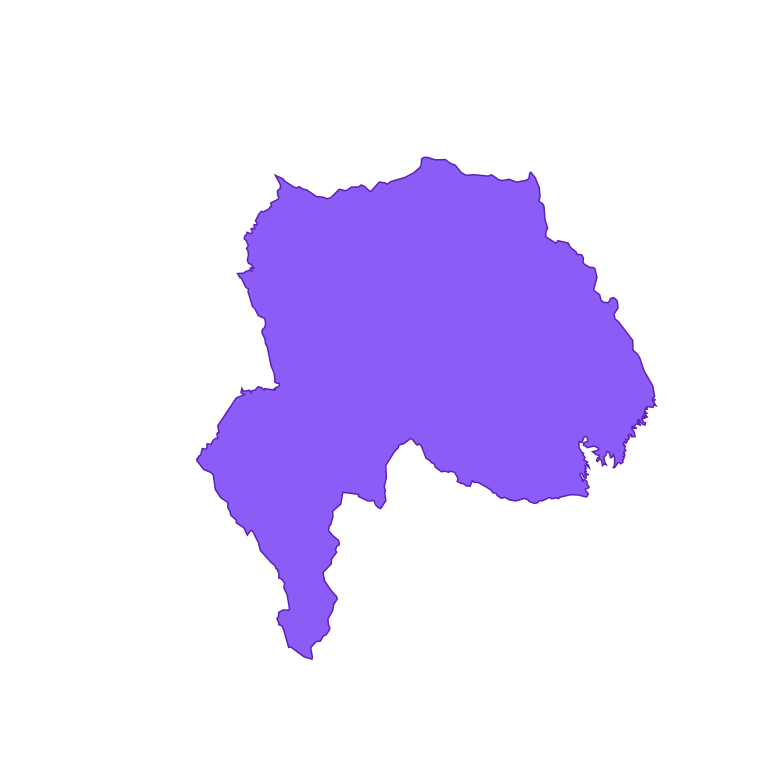 Gokwe North, Midlands, Zimbabwe, rotated 315°
{"feature_id": "62879985B87269615821372", "entity_name": "Gokwe North", "entity_type": "district", "adm_level": 2, "iso_a3": "ZWE", "parent_name": "Zimbabwe", "parent_adm1": "Midlands", "projection": "equal_earth", "projection_center": [28.8, -17.557], "detail": "fine", "context": "isolated", "style": "filled", "palette": "violet", "viewbox_px": 768, "rotation_deg": 315, "n_neighbors": 0, "source": "geoboundaries", "source_scale": "gbopen_adm2", "svg_char_len": 6171}
<svg xmlns="http://www.w3.org/2000/svg" viewBox="0 0 768 768"><g transform="rotate(315 384 384)"><path d="M138.5,527.6L140.4,526.3L145.8,518.5L153.9,518.2L157.1,520.8L162.8,519.4L165.8,520.3L170.4,519.6L173.1,518.4L174.5,515.0L178.1,510.5L187.2,508.1L192.5,504.3L198.8,503.0L200.1,501.1L200.6,492.1L202.9,481.0L207.5,474.2L219.4,473.9L223.1,470.7L231.5,469.5L232.4,467.0L235.9,465.3L238.4,466.1L239.5,465.3L241.3,462.5L240.6,455.2L241.0,448.6L244.9,445.6L246.5,445.9L254.0,441.8L257.9,437.6L268.3,438.4L278.3,431.5L287.9,443.9L286.6,445.2L286.7,446.3L289.5,454.2L291.2,456.8L294.5,459.1L292.5,463.8L292.6,467.5L293.6,469.7L302.8,467.8L307.2,461.8L309.6,460.4L311.4,456.9L319.5,451.9L327.6,442.9L343.1,439.2L348.9,439.2L351.5,437.8L356.0,440.3L364.1,441.3L364.9,443.2L364.1,449.5L364.4,450.8L366.7,450.9L366.5,454.4L361.2,466.4L362.4,471.0L361.9,473.0L363.1,475.5L361.5,479.1L362.6,486.7L365.3,488.5L367.4,492.3L368.7,492.0L371.5,496.2L369.6,503.0L366.9,504.7L368.3,509.1L369.7,510.6L370.1,514.2L372.6,517.2L378.2,514.7L378.1,517.2L381.0,520.2L384.3,532.5L384.8,535.5L384.0,537.5L385.9,540.8L385.2,542.9L386.1,547.7L389.3,549.7L390.9,555.0L394.6,559.9L402.4,564.2L403.8,567.5L403.6,569.8L405.9,574.7L408.8,576.7L410.7,576.1L413.8,578.8L419.5,580.7L421.0,581.7L421.5,583.8L425.9,586.8L426.3,588.5L428.2,588.4L437.5,594.1L443.1,600.1L446.8,606.6L448.5,607.1L450.9,606.0L451.0,602.7L452.1,600.8L455.6,602.2L456.3,601.5L456.6,598.4L458.5,596.7L458.4,593.6L457.9,592.9L455.8,593.5L455.6,592.4L457.1,591.4L458.5,586.3L460.0,586.2L460.5,587.5L459.3,591.5L460.2,593.4L461.5,592.6L462.1,590.3L464.5,593.1L463.4,588.5L464.1,587.9L465.8,589.2L464.8,587.6L466.1,586.2L467.3,586.9L468.2,583.7L469.8,585.2L469.9,588.3L471.2,585.8L470.7,583.4L472.9,582.9L471.4,579.3L474.2,578.1L474.6,574.6L476.2,574.2L475.6,571.7L477.1,566.7L481.0,562.6L482.5,565.4L487.6,563.0L489.6,563.9L489.7,566.0L487.5,568.6L483.8,566.8L481.7,568.4L482.8,570.7L482.7,572.7L488.8,576.5L490.2,581.2L488.9,582.4L483.6,579.3L484.1,583.9L485.6,586.7L484.7,588.0L482.8,587.2L480.0,588.5L480.1,589.9L483.1,589.5L484.0,591.6L480.7,596.2L482.7,595.9L484.1,598.3L484.8,595.5L487.9,591.1L490.3,591.3L494.1,589.6L495.1,590.8L492.1,596.3L493.7,597.1L496.3,596.1L495.2,598.9L492.4,601.8L489.2,604.6L487.1,605.1L488.0,606.2L493.9,605.1L494.8,605.9L495.0,607.9L497.6,608.3L499.2,606.1L499.8,606.7L501.8,605.7L501.8,604.6L502.4,605.4L503.9,604.6L504.3,602.8L504.9,603.3L505.7,601.5L507.9,602.1L508.4,599.9L510.8,598.3L510.1,597.1L511.2,596.5L511.2,595.2L513.2,594.8L513.3,597.0L515.2,596.5L515.9,594.5L516.5,595.8L518.1,596.1L520.0,594.9L519.9,593.1L522.6,593.4L523.0,594.8L522.0,594.8L521.7,596.5L524.4,598.7L527.2,594.1L527.5,591.3L528.3,591.2L528.7,589.4L529.5,589.7L529.3,592.1L531.0,593.8L531.5,592.9L530.3,591.7L531.2,590.5L534.5,590.7L536.4,595.1L536.4,589.8L538.8,589.0L539.1,590.7L537.7,590.4L537.1,592.0L538.4,592.7L538.5,596.1L539.6,597.5L541.4,596.4L540.5,594.4L541.7,590.8L544.0,592.5L544.5,591.5L543.7,589.8L544.9,589.7L545.7,593.0L546.8,593.5L547.0,589.9L549.2,590.7L549.2,588.5L547.6,588.5L550.7,586.5L552.0,587.8L552.1,586.5L552.9,587.1L554.0,585.9L557.6,590.7L560.0,589.6L561.0,591.6L562.1,585.9L563.4,587.2L564.7,586.5L563.4,584.3L566.6,584.1L572.8,575.2L577.2,558.6L583.2,546.5L584.3,542.4L584.0,536.1L590.7,529.0L593.8,506.0L593.4,501.3L596.2,497.2L603.2,495.7L607.4,490.6L607.9,487.9L607.2,485.0L604.6,483.7L602.1,484.9L599.8,484.7L597.2,481.7L596.6,478.4L599.6,473.3L598.6,466.9L599.1,465.5L609.9,459.2L614.5,451.8L614.6,450.0L611.7,446.7L610.4,440.4L610.6,438.9L614.0,436.0L615.1,432.5L612.3,428.9L613.2,426.2L612.4,419.3L613.9,414.5L608.4,405.8L605.0,405.8L602.5,394.2L606.4,390.7L609.8,389.6L614.1,381.6L622.7,371.6L623.7,368.9L622.7,364.4L626.6,362.0L632.4,355.3L636.8,345.0L637.6,338.1L636.3,337.9L631.8,341.1L629.1,340.8L620.4,335.0L617.4,327.9L611.5,323.8L609.5,320.5L608.0,312.2L604.6,310.6L595.3,299.3L589.7,294.6L588.1,289.2L589.1,279.8L586.7,273.9L586.1,268.8L578.8,261.8L575.1,254.6L572.2,251.8L569.6,251.5L564.8,255.7L562.4,256.3L554.0,255.6L545.0,252.8L531.8,245.6L527.6,245.1L527.0,242.5L523.5,237.9L511.1,238.5L510.1,236.9L510.0,230.8L508.6,227.1L505.3,226.7L500.2,221.7L493.7,220.5L490.0,214.6L478.2,214.7L474.8,212.8L473.0,208.7L468.8,203.8L466.6,192.2L464.4,188.6L463.6,184.4L461.2,183.7L459.7,181.6L457.3,170.8L457.6,167.3L454.7,159.7L451.5,170.1L448.8,172.4L445.5,171.9L442.3,175.2L441.9,177.3L439.8,178.5L432.0,175.9L429.8,179.1L428.2,178.2L426.9,179.0L420.2,176.9L419.5,175.2L416.2,175.3L408.5,177.7L407.9,180.5L406.7,181.8L405.0,179.5L404.1,179.8L402.4,182.9L401.0,180.9L399.4,180.4L398.6,183.5L397.4,183.9L396.2,183.5L394.4,179.9L391.9,181.3L390.1,180.9L387.9,182.5L388.0,185.3L385.9,190.3L382.6,191.0L381.8,193.9L379.2,197.1L374.9,199.8L373.5,203.0L374.4,204.7L374.0,209.8L373.0,209.0L372.6,210.3L372.7,208.3L371.8,207.6L370.6,208.3L370.3,210.2L369.6,208.7L365.5,206.5L363.6,206.7L358.5,202.3L357.3,207.3L358.0,208.4L354.7,217.9L355.4,220.9L353.2,222.5L345.9,236.1L345.9,239.5L343.5,246.8L345.9,253.1L345.4,254.4L342.5,258.0L339.2,259.7L336.5,259.4L334.0,261.3L331.7,267.9L328.7,271.7L327.6,275.5L316.8,291.6L314.1,298.5L310.0,303.9L308.2,305.0L308.5,307.1L310.4,309.7L309.0,310.9L306.6,311.1L304.8,309.8L303.7,310.9L302.8,309.8L302.2,310.7L296.4,303.0L295.2,303.5L294.6,299.4L293.1,296.9L288.1,297.1L286.0,295.4L283.7,296.1L284.6,293.5L279.6,289.8L280.4,286.6L276.7,289.0L277.8,292.9L269.9,289.4L236.9,296.0L232.8,301.9L231.8,300.8L230.5,301.2L227.9,304.9L226.2,303.3L223.3,303.0L219.1,304.3L216.5,301.2L213.9,303.8L212.0,304.3L209.8,301.1L204.2,304.6L201.5,304.0L199.7,305.2L198.7,304.6L197.5,305.9L196.1,317.1L199.0,324.0L199.1,327.4L190.1,339.5L188.2,349.1L189.8,357.2L185.9,361.4L185.1,365.0L182.9,368.3L183.2,375.9L181.4,377.7L183.3,386.5L180.5,394.2L185.8,393.3L186.7,394.0L186.8,396.1L183.0,407.4L178.9,414.2L178.0,430.3L178.5,435.5L177.1,438.2L177.7,440.0L176.4,441.3L175.9,443.6L172.5,446.6L173.7,449.7L173.0,454.4L169.0,457.4L166.5,464.5L158.2,476.2L156.5,476.3L152.9,472.5L148.1,471.0L145.1,473.7L142.4,474.2L140.6,478.8L139.4,479.7L140.7,482.8L139.3,486.7L130.4,502.8L132.1,504.1L134.6,520.6L138.5,527.6Z" fill="#8b5cf6" stroke="#5b21b6" stroke-width="1.5"/></g></svg>